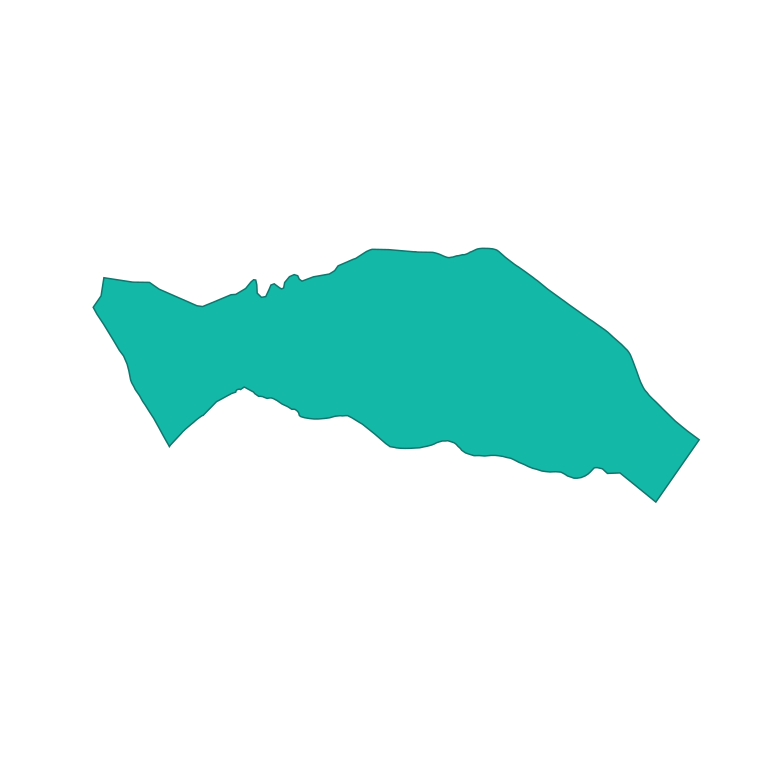 Barat Al Anan, Al Jawf, Yemen (Albers equal-area conic projection), rotated 35°
{"feature_id": "15242507B41587860828990", "entity_name": "Barat Al Anan", "entity_type": "district", "adm_level": 2, "iso_a3": "YEM", "parent_name": "Yemen", "parent_adm1": "Al Jawf", "projection": "albers", "projection_center": [44.512, 16.865], "detail": "fine", "context": "isolated", "style": "filled", "palette": "teal", "viewbox_px": 768, "rotation_deg": 35, "n_neighbors": 0, "source": "geoboundaries", "source_scale": "gbopen_adm2", "svg_char_len": 4116}
<svg xmlns="http://www.w3.org/2000/svg" viewBox="0 0 768 768"><g transform="rotate(35 384 384)"><path d="M674.2,248.9L659.8,248.5L652.5,248.0L643.8,247.3L625.6,244.3L624.2,244.0L617.4,242.8L612.5,242.1L608.0,241.3L607.0,241.0L604.6,240.2L602.0,239.6L600.4,239.1L597.9,237.9L593.2,235.3L589.9,233.1L583.5,228.5L578.4,225.0L574.2,222.1L570.2,219.5L568.5,218.5L566.1,217.5L564.0,216.8L560.9,216.3L556.1,215.4L551.5,214.9L544.3,214.1L537.7,213.2L534.3,213.0L525.8,213.0L519.7,212.9L513.8,213.1L507.7,213.0L490.8,212.9L487.1,212.8L463.5,212.4L450.5,211.4L447.9,211.4L444.4,211.2L434.1,211.0L432.0,211.0L427.3,211.0L426.5,211.0L425.3,211.1L421.1,211.1L414.9,210.8L410.5,210.6L407.3,210.2L404.4,209.9L402.1,209.6L400.9,209.6L399.6,209.6L398.1,210.0L395.6,210.9L392.2,212.8L389.2,214.8L386.7,216.5L384.8,218.1L383.4,219.5L383.1,219.8L382.1,221.3L379.8,225.4L379.0,226.4L378.3,228.1L377.3,229.8L376.1,231.5L375.2,232.4L374.4,232.8L373.0,234.4L371.5,236.1L370.0,237.4L369.3,238.3L367.6,240.5L366.4,241.6L364.9,243.1L363.9,243.7L362.7,244.2L360.5,244.8L358.6,245.2L357.0,245.5L355.0,245.9L352.6,246.6L350.9,247.2L349.3,247.8L348.1,248.4L345.3,250.3L339.7,254.1L335.8,256.7L333.6,257.8L333.6,258.0L310.7,271.3L297.0,280.5L295.6,282.3L293.6,285.6L288.7,297.6L287.3,299.4L278.6,313.6L278.6,319.4L277.3,322.6L277.1,323.0L276.1,325.3L267.1,334.3L264.7,336.7L257.8,346.8L254.4,346.7L251.2,344.8L247.7,345.9L246.7,347.5L245.0,350.3L244.4,357.8L246.7,362.9L245.6,364.8L243.4,365.1L236.6,364.9L234.6,367.8L235.1,369.9L235.7,372.8L237.0,380.2L233.9,383.3L228.0,382.3L222.9,375.7L219.3,372.4L217.4,373.4L216.5,376.8L215.9,385.1L211.2,395.6L207.5,398.6L195.5,417.6L191.0,424.6L185.9,427.2L162.9,431.8L146.4,435.1L145.5,435.3L133.6,435.3L120.2,444.4L120.1,444.5L93.6,457.6L98.8,468.2L101.7,474.1L101.8,488.0L108.7,491.4L119.9,495.8L137.1,503.3L147.9,508.2L154.6,510.4L162.1,515.0L167.5,519.6L171.1,523.1L174.1,526.0L176.6,527.7L180.9,529.8L183.4,531.2L190.5,533.8L196.2,536.6L200.5,538.2L207.1,541.0L214.8,544.1L224.7,548.9L233.3,553.2L238.5,555.7L242.6,557.6L244.1,558.4L244.1,556.5L246.0,542.8L246.3,540.7L246.5,538.5L247.0,536.3L247.1,535.4L247.5,533.9L248.0,531.9L248.7,529.4L249.2,527.4L249.3,527.0L250.0,524.7L250.5,522.4L251.1,520.2L251.8,518.0L252.7,515.5L253.2,514.2L253.9,513.4L254.1,511.7L254.2,511.3L255.2,505.0L255.3,504.7L255.5,503.5L256.5,497.2L256.9,494.8L257.3,493.8L257.9,492.7L263.2,482.0L264.0,480.5L264.0,480.4L264.3,479.7L264.6,479.2L267.2,475.7L266.7,474.2L266.8,473.5L266.8,473.4L266.9,473.1L267.2,472.6L267.6,472.0L268.2,471.4L268.6,471.1L269.7,470.8L271.2,466.7L273.7,466.3L274.3,466.3L279.5,465.7L281.8,465.4L283.5,466.0L288.2,466.0L288.7,465.8L289.4,465.3L290.0,464.8L290.8,464.5L291.6,464.0L292.7,463.8L295.2,463.2L296.6,462.8L297.9,461.4L299.5,460.1L301.2,459.6L301.8,459.4L304.4,459.1L305.8,458.9L306.9,458.9L307.6,458.9L308.3,458.9L311.7,458.9L315.4,458.3L317.9,457.8L322.9,457.6L324.7,456.3L325.4,456.0L326.0,455.8L328.6,455.9L329.8,456.3L330.5,456.5L332.8,458.4L334.7,458.4L338.2,457.2L342.8,455.0L346.9,452.7L350.4,450.2L355.0,446.4L358.7,443.0L362.4,438.5L366.3,435.1L367.2,434.6L368.2,434.0L371.0,431.7L372.5,430.7L374.3,430.5L376.9,430.1L385.3,429.6L389.4,429.3L405.2,430.3L419.7,431.8L423.3,431.8L424.8,431.9L429.8,429.5L430.4,429.4L434.0,427.4L438.2,424.7L442.3,421.7L446.1,418.7L449.8,415.8L452.9,412.4L454.5,410.8L455.8,409.3L458.0,406.7L459.7,404.1L460.8,401.9L462.6,399.5L462.8,399.3L464.4,397.3L466.8,395.6L468.5,394.1L468.7,393.9L472.1,392.8L475.3,391.9L478.0,392.0L480.2,392.6L483.7,393.0L485.5,393.7L487.9,393.7L490.3,393.7L493.8,392.7L498.8,391.1L502.9,388.1L503.2,387.9L507.7,385.3L512.5,381.2L516.2,378.6L519.1,377.0L523.0,375.1L526.6,373.8L530.5,372.1L534.5,371.4L539.3,370.8L542.4,370.1L545.2,369.5L549.8,368.8L554.0,367.8L558.0,366.3L563.3,364.7L567.0,362.8L570.5,360.8L572.9,358.9L575.1,357.3L577.6,355.8L579.5,354.7L584.1,354.1L587.0,354.1L590.7,353.0L593.6,352.2L596.2,350.4L599.1,347.6L601.5,343.9L602.8,340.7L603.5,337.6L604.0,333.9L604.4,331.9L606.6,330.2L611.5,328.2L618.3,329.1L628.3,321.5L674.4,324.8L674.2,248.9Z" fill="#14b8a6" stroke="#0f766e" stroke-width="1.5"/></g></svg>